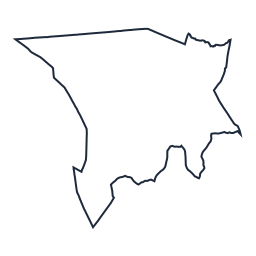 outline of Mosop, Rift Valley, Kenya
{"feature_id": "3690345B59171839823035", "entity_name": "Mosop", "entity_type": "district", "adm_level": 2, "iso_a3": "KEN", "parent_name": "Kenya", "parent_adm1": "Rift Valley", "projection": "orthographic", "projection_center": [35.043, 0.418], "detail": "fine", "context": "isolated", "style": "outline", "palette": "slate", "viewbox_px": 256, "rotation_deg": 0, "n_neighbors": 0, "source": "geoboundaries", "source_scale": "gbopen_adm2", "svg_char_len": 5679}
<svg xmlns="http://www.w3.org/2000/svg" viewBox="0 0 256 256"><path d="M240.6,134.4L239.9,131.4L239.4,129.9L239.1,129.2L238.9,128.7L238.4,127.6L237.8,126.2L237.3,125.8L235.9,125.0L234.9,124.4L234.4,123.9L233.6,123.0L232.8,121.6L232.4,121.0L231.9,120.4L231.1,119.1L229.3,116.4L229.0,115.9L228.7,115.4L228.0,114.3L227.7,113.8L227.4,113.4L226.0,111.3L225.3,110.3L224.8,109.6L224.5,109.1L223.9,108.2L223.5,107.7L223.2,107.2L222.6,106.2L222.2,105.6L221.3,104.2L220.2,102.5L219.9,102.0L219.5,101.4L218.0,98.5L217.8,98.0L217.4,97.2L216.9,96.2L216.6,95.7L216.2,94.9L215.7,93.8L215.3,93.0L214.9,92.4L214.4,91.5L213.9,90.3L215.9,87.6L217.9,84.8L218.4,84.1L220.3,82.1L221.2,80.5L221.5,79.9L221.8,79.1L223.7,74.5L224.0,73.7L224.2,73.0L224.6,71.7L224.9,71.0L224.9,69.9L224.9,69.0L225.1,68.3L226.1,67.6L226.4,65.8L226.9,61.8L227.1,60.0L227.2,59.4L227.2,58.9L227.5,56.3L227.6,55.7L228.3,51.8L228.4,51.2L228.5,50.7L229.3,46.9L229.9,43.8L230.5,39.9L230.1,40.1L229.3,40.0L228.6,40.9L228.0,41.9L227.6,42.4L227.2,42.8L226.5,43.0L226.0,43.2L225.5,43.6L224.9,44.1L224.5,44.5L223.8,44.9L222.9,45.0L222.3,45.2L221.6,45.3L220.9,45.4L220.2,45.4L219.6,45.4L219.1,45.1L218.4,45.2L217.7,45.0L217.0,44.8L216.3,44.8L215.8,44.8L215.3,45.1L215.0,45.9L214.2,45.8L213.7,46.0L213.6,46.5L213.0,46.6L212.6,46.3L211.8,46.1L210.6,46.3L210.0,44.9L209.7,44.2L209.1,43.8L208.8,43.2L208.7,42.6L208.0,42.2L207.2,42.1L206.5,42.1L205.9,42.2L205.3,42.4L204.8,41.7L204.7,41.0L204.3,40.8L203.6,40.7L202.8,40.3L201.9,40.4L201.0,40.7L199.9,40.7L199.0,40.4L198.4,40.3L197.8,40.2L197.2,40.0L196.3,39.9L195.6,39.5L195.5,39.0L195.2,38.5L194.5,38.5L193.9,38.5L193.3,38.3L192.8,37.9L192.2,37.8L191.6,37.7L191.2,37.1L190.6,36.4L190.6,35.7L190.0,35.2L189.9,34.5L189.3,34.1L188.6,33.6L187.7,35.0L186.4,39.0L184.9,44.3L179.4,42.0L178.8,41.8L178.2,41.6L173.3,39.6L169.3,37.9L166.3,36.7L161.9,34.8L159.7,33.9L157.6,33.0L155.9,32.3L154.6,31.7L154.0,31.5L153.5,31.2L152.4,30.7L151.8,30.5L151.3,30.3L149.2,29.4L148.4,29.0L147.8,28.9L147.2,28.8L144.7,28.9L143.9,28.9L142.9,29.0L141.1,29.1L140.5,29.1L139.2,29.2L138.1,29.3L135.6,29.5L133.1,29.7L132.5,29.8L131.2,30.0L129.7,30.0L128.9,30.1L128.4,30.1L125.6,30.4L123.9,30.5L123.3,30.6L122.8,30.7L120.6,31.0L117.9,31.1L113.3,31.6L106.5,32.2L105.2,32.3L98.9,32.8L92.5,33.3L91.4,33.4L86.7,33.8L85.7,33.9L84.7,34.0L83.7,34.1L83.0,34.1L82.1,34.2L81.1,34.3L80.5,34.3L79.8,34.4L79.1,34.4L78.6,34.5L77.5,34.6L76.7,34.7L75.5,34.8L74.9,34.8L74.2,34.8L73.3,34.9L72.2,35.0L71.3,35.1L70.0,35.2L69.2,35.2L68.3,35.3L67.6,35.4L66.4,35.5L65.5,35.5L64.2,35.6L63.7,35.7L63.0,35.8L62.2,35.8L61.2,35.9L60.7,35.9L59.9,36.0L58.7,36.1L58.2,36.1L57.2,36.2L56.0,36.3L55.2,36.3L54.1,36.4L53.4,36.5L52.4,36.5L51.5,36.6L51.0,36.7L49.9,36.7L47.6,37.1L43.5,37.2L42.5,37.3L40.6,37.4L40.0,37.4L39.2,37.5L38.3,37.5L37.7,37.6L35.0,37.7L34.3,37.8L33.7,37.9L32.5,38.0L30.6,38.2L25.9,38.6L23.8,38.7L23.0,38.8L22.1,38.9L15.4,39.3L18.6,41.7L23.5,45.2L28.1,48.7L29.9,50.7L30.2,51.1L30.7,51.6L31.7,52.4L34.7,54.1L36.9,55.3L40.1,57.0L42.5,58.9L44.8,60.9L45.4,61.5L46.2,62.1L48.0,63.7L48.5,64.1L49.0,64.5L50.3,65.6L50.8,66.1L51.4,66.4L52.6,67.7L53.1,68.2L53.1,69.5L53.3,71.3L53.4,72.0L53.4,72.8L53.6,74.8L53.9,77.6L55.3,79.0L58.7,82.1L59.4,82.7L60.7,84.0L63.9,86.9L64.6,87.6L65.0,88.3L67.1,91.8L68.5,94.0L68.8,94.5L70.0,96.7L70.3,97.2L70.6,97.8L72.3,101.0L74.2,104.3L75.3,106.5L77.0,109.1L77.9,111.3L79.4,114.0L79.9,114.8L80.3,115.6L81.9,118.9L82.7,120.6L83.9,123.1L84.2,123.8L84.7,124.9L85.0,125.5L85.3,126.1L86.2,128.0L86.6,128.8L86.8,132.3L86.8,133.0L86.8,133.7L86.7,136.9L86.6,139.2L86.6,141.6L86.5,143.6L86.5,144.5L86.5,145.4L86.4,147.1L86.4,147.8L86.4,148.5L86.3,152.0L86.2,155.8L85.9,159.8L85.7,160.6L85.4,161.4L84.5,163.9L84.3,164.6L84.0,165.3L82.9,168.1L82.6,168.8L82.1,169.5L81.5,171.8L78.0,169.9L73.5,167.4L73.7,169.4L74.2,172.3L74.3,173.3L74.4,174.2L74.8,176.6L75.1,178.6L75.4,180.9L75.9,184.6L76.3,187.5L76.6,189.6L76.7,190.4L76.9,191.3L77.2,192.7L77.7,193.4L78.3,194.7L79.2,197.0L80.5,200.4L80.9,201.2L81.2,202.1L81.9,203.7L82.2,204.3L82.4,204.9L83.1,206.6L84.0,208.8L85.5,211.7L86.8,214.4L88.1,217.1L89.2,219.2L89.5,219.9L89.8,220.5L90.6,222.1L91.4,223.8L92.0,225.0L92.2,225.5L92.7,226.6L93.0,227.2L97.8,221.1L100.8,216.8L110.9,202.9L113.9,197.7L112.7,196.1L112.3,191.2L111.6,187.8L110.9,184.6L113.3,182.3L115.2,180.9L117.2,178.7L119.8,177.4L122.1,177.0L123.5,176.6L125.1,175.8L126.8,176.7L128.9,177.1L129.7,177.2L130.3,177.3L131.5,177.9L132.1,178.9L132.6,179.6L133.9,181.3L135.7,182.8L136.2,183.2L137.2,183.9L138.5,184.5L140.0,183.5L141.5,182.3L142.9,182.2L143.9,181.5L145.1,180.8L147.4,180.9L149.4,180.0L151.0,179.6L153.1,180.6L153.9,180.9L154.4,181.2L154.9,179.3L155.6,177.2L156.6,175.4L158.6,173.3L160.8,171.2L163.3,169.4L164.3,168.2L165.0,167.0L165.3,166.3L165.8,164.4L166.2,162.4L166.7,160.3L167.3,157.4L167.3,153.6L167.4,150.6L167.9,150.1L169.2,148.2L170.4,146.4L172.2,145.9L174.5,146.7L176.6,146.6L178.6,146.8L180.3,146.8L181.4,145.8L181.8,146.5L182.8,147.5L183.1,147.9L184.3,149.4L185.1,151.6L185.3,154.2L185.5,156.4L185.6,158.9L185.7,161.6L185.8,165.1L186.8,167.9L187.9,169.7L189.9,171.2L191.1,172.3L192.3,173.4L193.6,174.9L194.2,175.6L194.8,176.4L196.4,176.9L197.7,177.9L199.0,178.3L199.9,176.2L200.2,173.6L201.5,171.8L203.4,169.8L204.4,168.1L204.1,166.6L203.4,165.2L203.5,162.8L203.3,160.5L202.4,158.7L201.4,156.7L201.8,154.6L202.6,152.4L203.4,151.2L204.0,150.5L204.6,149.8L205.0,149.3L206.1,148.1L207.1,146.5L208.0,145.0L209.0,143.3L210.6,141.5L211.4,138.7L211.1,135.7L211.4,133.8L213.2,133.5L215.4,133.3L218.0,133.6L220.6,133.1L222.7,132.5L224.5,132.0L226.0,132.8L227.9,133.1L229.5,132.3L231.2,133.0L233.3,133.0L235.4,132.0L237.6,131.1L239.2,132.9L240.6,134.4Z" fill="none" stroke="#1e293b" stroke-width="2"/></svg>